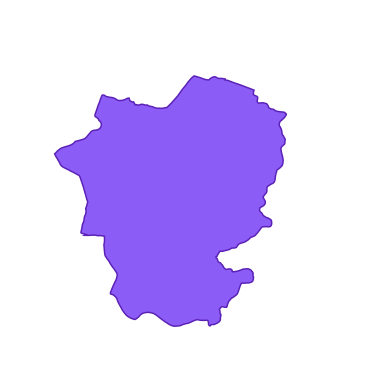 the district of Nayala, Nayala, Burkina Faso, rotated 242°
{"feature_id": "67063806B13297228427715", "entity_name": "Nayala", "entity_type": "district", "adm_level": 2, "iso_a3": "BFA", "parent_name": "Burkina Faso", "parent_adm1": "Nayala", "projection": "natural_earth1", "projection_center": [-3.089, 12.661], "detail": "fine", "context": "isolated", "style": "filled", "palette": "violet", "viewbox_px": 384, "rotation_deg": 242, "n_neighbors": 0, "source": "geoboundaries", "source_scale": "gbopen_adm2", "svg_char_len": 5986}
<svg xmlns="http://www.w3.org/2000/svg" viewBox="0 0 384 384"><g transform="rotate(242 192 192)"><path d="M252.8,294.6L262.7,286.0L269.7,279.5L273.6,276.1L275.5,273.8L275.8,274.3L276.2,274.4L278.0,272.0L278.8,270.8L279.9,268.6L282.6,266.7L283.2,266.0L283.5,265.2L283.7,263.8L283.6,261.2L283.2,260.3L283.1,259.5L283.9,258.1L285.3,256.3L289.1,252.9L293.5,248.4L293.2,246.5L292.5,244.1L291.1,240.5L289.0,236.2L287.1,231.5L283.6,224.6L280.2,215.6L278.5,209.9L278.4,209.3L278.6,209.0L279.0,208.1L279.3,206.6L280.5,203.7L281.3,202.6L282.1,200.9L283.8,198.8L286.0,197.0L286.7,196.0L287.4,195.4L288.3,194.1L289.6,193.6L289.9,193.2L290.6,191.7L292.6,189.6L293.5,187.7L293.6,185.7L294.8,184.5L294.9,184.0L295.5,183.6L295.6,182.7L298.6,182.8L299.2,182.5L299.4,181.6L301.6,180.1L303.2,180.2L304.4,180.6L304.6,180.4L305.1,178.8L305.1,175.9L305.8,173.0L306.2,171.9L306.6,171.6L307.0,170.5L307.6,169.7L309.2,168.7L311.1,167.6L313.1,165.6L314.5,163.5L316.8,160.9L318.4,160.2L319.6,158.7L319.6,157.9L316.9,154.7L314.9,152.6L312.1,149.3L309.2,146.3L307.1,144.0L305.6,142.5L304.9,142.1L304.3,142.0L303.7,142.1L302.5,142.8L301.1,143.5L300.6,143.6L299.6,143.4L298.6,143.6L296.3,144.2L294.8,143.9L293.7,143.4L292.8,142.7L292.0,141.7L291.3,140.1L291.3,138.1L291.7,136.3L292.5,134.4L292.8,132.9L292.7,131.3L290.0,124.6L289.6,123.1L289.5,121.7L289.9,119.4L290.8,115.1L291.5,112.7L290.6,110.5L290.4,108.2L290.6,105.4L291.7,100.1L292.1,97.2L292.0,95.7L291.4,92.4L290.5,90.0L290.2,88.6L287.2,88.5L284.4,88.7L279.8,88.8L277.6,88.7L276.5,88.9L275.7,89.2L274.9,89.6L272.2,91.4L269.8,93.2L267.6,94.6L264.9,96.6L259.8,99.9L258.8,100.2L257.4,100.1L247.2,98.4L241.4,97.1L239.6,96.8L237.6,96.3L235.6,95.8L232.3,95.3L229.8,93.1L227.1,90.2L225.5,89.8L223.9,88.9L222.3,87.5L220.3,85.1L217.4,83.1L214.5,79.8L211.3,77.4L209.4,75.7L208.4,74.9L207.9,74.9L207.3,75.3L206.0,76.6L204.7,78.0L204.2,78.5L204.2,76.8L203.8,77.5L202.3,80.2L200.3,84.6L199.5,86.1L198.3,87.5L197.5,88.6L196.6,90.5L195.1,92.7L194.0,93.8L190.6,92.2L187.7,90.3L187.1,89.6L178.9,86.1L177.4,85.6L176.2,85.4L172.9,85.7L169.9,86.2L167.4,86.2L164.0,86.5L160.4,87.1L156.3,87.5L154.5,87.3L153.7,87.0L153.1,86.5L150.3,84.0L148.7,81.7L145.8,77.9L141.7,73.0L140.9,72.4L140.3,72.2L139.0,73.4L138.1,74.2L135.1,75.4L132.9,75.6L130.5,75.1L128.3,75.0L120.3,75.1L117.0,75.5L114.0,76.2L112.3,76.9L110.4,78.0L108.4,79.5L106.4,81.5L106.2,82.1L106.2,83.3L106.8,86.5L107.5,88.0L108.0,90.1L107.9,92.5L107.1,95.0L106.1,97.2L104.4,99.4L102.5,101.3L100.1,102.7L95.0,104.9L89.9,107.4L85.6,109.8L83.3,111.6L81.7,113.5L80.1,117.2L79.4,119.4L79.2,122.4L77.8,127.7L77.5,132.9L77.3,134.8L76.8,136.7L76.0,137.8L75.0,138.9L72.9,142.5L72.1,144.3L71.6,145.2L70.9,145.6L70.4,145.6L69.4,145.4L67.2,144.4L66.6,144.4L65.9,144.5L65.3,145.1L65.6,145.5L65.7,146.5L65.7,147.1L65.5,147.7L65.0,148.6L64.6,149.5L64.4,152.7L64.6,154.8L65.3,156.5L66.2,157.3L67.4,157.8L69.1,159.3L69.4,159.3L70.0,159.9L70.5,160.0L71.2,159.7L73.1,160.4L73.7,160.8L75.3,161.0L75.8,161.7L76.2,162.3L76.3,162.9L76.6,163.7L76.7,164.4L76.6,164.8L75.0,166.7L74.3,167.7L74.0,168.2L74.3,169.0L76.1,170.6L78.1,173.0L78.2,173.4L78.6,174.0L78.7,174.6L79.4,176.1L79.7,177.7L79.8,179.7L80.3,182.9L80.7,183.9L81.1,184.6L82.6,186.4L86.1,190.0L87.2,191.3L87.5,191.9L87.8,192.0L88.3,192.8L88.0,193.6L87.2,194.8L86.3,196.9L85.9,197.9L85.3,198.9L85.1,199.4L84.6,201.4L84.6,202.9L84.9,203.9L86.3,205.3L88.1,206.4L89.8,206.7L90.3,206.9L91.4,207.8L92.0,207.9L93.5,207.9L94.2,207.4L95.0,207.5L95.7,207.2L97.5,205.9L98.8,203.8L99.1,202.7L99.8,201.3L100.0,200.3L100.3,197.4L100.7,195.4L101.1,193.9L101.6,192.6L102.2,190.8L103.0,190.2L103.4,190.5L105.0,190.6L106.0,189.7L106.7,188.7L106.8,188.2L107.0,187.8L107.1,187.2L107.3,186.5L107.9,185.6L108.5,185.2L110.2,184.6L113.0,184.6L114.7,184.1L115.5,184.0L116.2,183.7L117.7,182.6L118.2,182.4L121.2,182.9L121.8,182.8L122.6,182.5L123.3,182.5L123.5,182.8L123.5,183.8L123.8,184.5L124.5,185.0L126.4,188.6L126.5,189.3L125.8,190.2L125.2,191.5L124.4,195.0L123.8,197.3L123.7,198.1L123.8,200.6L123.7,201.0L122.5,203.5L122.3,205.2L123.5,207.5L123.8,208.2L124.0,208.8L124.0,209.6L123.9,210.9L123.2,214.3L123.1,216.2L123.4,219.4L124.2,222.2L124.3,222.9L124.0,225.2L123.9,226.7L124.1,227.8L124.7,229.1L125.2,230.7L126.9,234.4L127.4,235.2L127.8,236.2L128.0,236.9L128.1,237.9L127.9,238.5L126.4,241.6L125.2,243.4L125.0,244.1L124.8,245.1L125.0,245.6L125.2,246.1L126.4,247.4L128.9,248.6L130.3,248.7L133.4,246.9L134.8,245.4L135.5,245.2L136.1,244.9L137.4,244.0L138.3,243.8L139.0,243.9L140.4,243.8L143.0,242.9L143.8,242.9L144.9,243.5L146.0,244.5L146.2,245.1L146.3,248.4L146.5,249.4L147.0,250.5L147.4,251.1L147.8,251.5L149.3,252.3L153.7,252.3L154.2,252.5L154.8,253.4L155.8,255.6L156.1,256.7L157.0,258.0L157.9,258.7L160.7,260.2L161.1,260.6L161.3,261.0L161.5,261.8L161.8,265.7L161.7,267.0L161.8,268.2L162.1,269.1L162.7,269.9L163.4,270.7L164.2,271.3L166.1,272.6L168.8,274.7L171.5,277.4L171.6,277.7L171.7,278.5L171.7,279.4L172.1,281.2L173.0,284.0L173.4,284.5L174.9,285.9L176.3,286.8L176.6,286.9L176.9,287.1L177.1,287.3L178.3,287.8L181.2,288.7L182.3,288.9L183.0,289.1L185.4,289.6L186.0,289.9L186.3,290.1L187.1,290.4L187.6,290.4L188.7,290.9L189.8,292.4L190.0,292.9L190.4,294.6L190.8,296.1L191.1,296.5L191.5,296.9L192.7,297.6L193.1,297.9L193.4,298.0L194.5,298.9L195.1,299.1L196.4,299.1L197.0,298.9L198.0,299.1L199.2,299.0L199.4,298.8L199.9,298.7L200.5,298.7L204.2,300.0L205.5,300.3L207.1,300.4L209.7,300.3L210.2,300.4L211.0,300.9L212.3,302.1L212.9,302.9L213.5,305.6L214.2,308.1L215.0,309.9L216.0,311.6L216.6,311.8L217.1,311.8L217.5,311.3L218.5,311.3L218.9,311.1L220.5,309.0L221.1,307.9L223.2,305.2L224.3,304.0L224.9,303.6L226.5,303.0L226.8,302.7L228.2,300.8L230.1,299.5L230.8,299.5L232.9,299.7L234.8,299.4L235.3,299.0L236.1,298.0L237.1,297.1L237.6,296.3L238.6,294.1L239.1,292.7L239.3,292.4L240.0,292.1L240.7,292.0L241.5,292.1L242.0,292.4L243.9,294.0L244.6,294.4L245.1,294.5L245.7,294.4L248.0,292.6L248.6,292.2L249.1,292.1L249.8,292.2L250.7,292.8L251.5,293.3L252.8,294.6Z" fill="#8b5cf6" stroke="#5b21b6" stroke-width="1.5"/></g></svg>